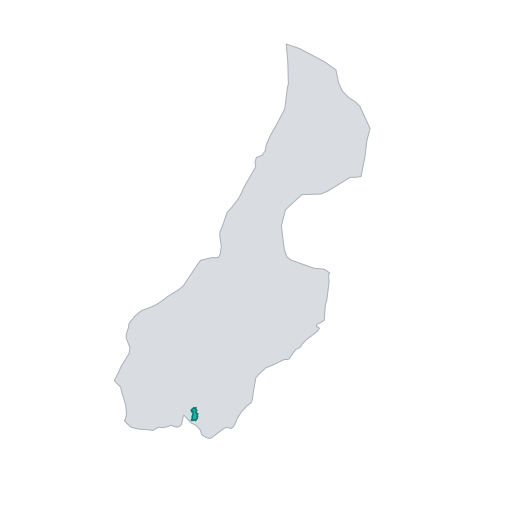 location of Briežuciema pag., Baltinavas, Latvia, rotated 114°
{"feature_id": "27541924B17753887700390", "entity_name": "Briežuciema pag.", "entity_type": "district", "adm_level": 2, "iso_a3": "LVA", "parent_name": "Latvia", "parent_adm1": "Baltinavas", "projection": "natural_earth1", "projection_center": [27.554, 56.968], "detail": "fine", "context": "in_parent", "style": "filled", "palette": "teal", "viewbox_px": 512, "rotation_deg": 114, "n_neighbors": 0, "source": "geoboundaries", "source_scale": "gbopen_adm2", "svg_char_len": 3988}
<svg xmlns="http://www.w3.org/2000/svg" viewBox="0 0 512 512"><g transform="rotate(114 256 256)"><path d="M370.2,344.5L367.3,344.1L359.1,341.8L352.2,338.3L348.1,333.7L341.0,327.4L336.3,324.2L328.9,320.2L316.7,312.0L312.2,310.1L290.4,306.5L282.5,304.9L275.4,295.6L273.1,290.2L269.6,289.3L265.7,290.4L261.4,291.5L251.5,297.8L248.3,298.7L242.2,298.8L227.9,300.2L221.4,297.9L210.2,295.3L204.1,294.9L198.7,295.0L174.7,292.5L170.3,295.2L165.8,295.7L161.6,291.5L156.3,290.4L150.4,291.8L139.7,291.9L127.0,290.6L110.8,289.6L108.4,290.0L90.2,295.6L85.7,296.4L65.9,305.8L50.1,314.6L48.8,300.5L50.7,272.6L53.5,258.7L64.5,250.7L70.1,244.4L73.5,236.1L74.7,228.3L77.0,222.0L93.1,203.7L105.3,201.7L122.0,196.6L140.6,192.4L144.0,197.8L145.7,201.9L167.5,216.8L173.0,221.9L181.3,239.1L201.7,247.9L218.0,245.1L225.2,240.9L238.3,233.0L244.3,227.3L245.5,221.8L243.6,198.2L240.3,188.0L241.6,181.7L243.9,182.0L249.5,178.9L267.6,173.3L271.2,173.0L275.3,171.8L286.8,167.5L290.4,169.8L293.4,172.4L295.1,172.5L295.9,171.5L295.7,169.8L296.5,168.6L299.8,169.3L312.9,176.4L317.9,178.0L321.4,178.5L325.5,181.8L336.7,184.0L338.1,185.8L338.9,187.9L349.4,196.9L354.1,201.5L363.5,205.6L367.5,206.6L383.9,202.4L388.5,200.9L392.3,200.9L396.1,203.1L404.9,206.1L412.8,207.0L414.3,206.8L421.0,207.1L423.4,208.3L425.0,214.1L432.6,218.6L439.7,222.4L441.6,224.1L442.1,227.5L441.7,231.4L440.8,233.4L437.8,235.8L435.2,241.7L434.9,247.3L430.7,257.1L431.7,257.3L440.3,255.5L442.8,256.6L444.7,258.7L445.3,264.9L448.1,267.6L451.0,271.9L451.9,275.3L457.4,279.3L457.9,281.9L461.3,291.1L462.6,296.3L463.2,300.4L461.6,305.6L460.1,309.2L458.4,308.9L453.4,309.9L445.6,314.1L433.9,324.1L430.9,326.3L427.9,333.9L427.2,334.7L420.4,334.4L418.5,334.2L411.7,334.3L396.8,332.3L391.1,333.7L383.5,341.4L380.6,342.5L371.8,343.6L370.2,344.5Z" fill="#d9dde1" stroke="#a8b0b8" stroke-width="1"/><path d="M430.7,245.5L430.7,245.4L430.8,245.1L430.9,244.9L430.9,244.7L430.9,244.4L430.8,244.1L430.7,244.1L430.4,244.2L430.2,244.2L429.9,244.1L429.7,244.0L429.4,244.1L429.2,244.0L428.9,244.0L428.6,243.8L428.3,243.7L428.2,243.6L427.9,243.7L427.7,243.7L427.5,243.9L427.4,243.9L427.2,244.0L426.9,244.3L426.7,244.3L426.4,244.2L426.4,244.3L426.4,244.5L426.2,244.7L425.8,244.6L425.7,244.6L425.5,244.8L425.3,244.9L425.1,244.9L424.9,244.9L424.8,245.0L424.7,245.0L424.4,245.1L424.1,245.1L423.9,245.2L423.7,245.2L423.7,245.4L423.8,245.4L423.9,245.5L424.1,245.5L424.1,245.8L424.1,246.1L424.1,246.3L424.1,246.5L423.9,246.6L423.7,246.7L423.6,246.8L423.4,246.8L423.3,247.0L423.2,247.1L423.0,247.3L422.9,247.5L422.7,247.7L422.7,247.8L422.7,248.0L422.8,248.1L422.6,248.0L422.4,247.9L422.1,247.8L421.9,247.7L421.7,247.5L421.5,247.4L421.3,247.3L421.2,247.5L421.0,247.8L420.8,247.9L420.7,248.1L420.5,248.3L420.4,248.5L420.2,248.6L420.1,248.8L419.9,249.0L419.7,249.1L419.4,249.2L419.5,249.3L419.4,249.3L419.5,249.4L419.5,249.5L419.7,249.8L419.6,250.0L419.8,250.2L420.0,250.1L420.2,250.3L420.3,250.4L420.3,250.5L420.2,250.7L420.0,250.9L419.9,251.0L420.2,251.2L420.5,251.4L420.8,251.5L421.0,251.6L421.3,251.8L421.5,251.9L421.7,252.0L421.9,252.1L422.1,252.1L422.3,252.2L422.5,252.3L422.9,252.5L423.0,252.4L423.3,252.3L423.4,252.2L423.6,252.2L423.8,252.0L424.0,251.8L424.1,251.7L424.3,251.4L424.5,251.2L424.4,251.0L424.3,250.9L424.2,250.9L424.1,251.0L423.9,251.0L423.7,250.9L423.6,250.7L423.5,250.4L423.8,250.2L424.2,250.0L424.3,249.9L424.6,249.8L424.8,249.7L425.0,249.6L425.3,249.6L425.5,249.5L425.8,249.4L426.0,249.4L426.3,249.3L426.5,249.2L426.4,249.2L426.5,249.1L426.9,249.1L427.0,249.1L427.3,249.2L427.5,249.2L427.9,249.1L428.0,249.1L428.3,249.1L428.5,249.0L428.8,249.0L428.8,248.9L429.2,248.6L429.3,248.5L429.5,248.4L430.0,248.2L430.3,248.2L430.8,248.2L431.0,248.2L431.2,248.3L431.3,248.3L431.5,248.3L431.8,248.3L432.1,248.2L432.3,248.2L432.3,247.9L432.3,247.7L432.2,247.6L432.2,247.4L432.0,247.2L431.9,247.2L431.7,247.0L431.7,246.9L431.7,246.7L431.3,246.4L431.2,246.4L431.2,246.2L430.9,245.9L430.7,245.7L430.7,245.5Z" fill="#14b8a6" stroke="#0f766e" stroke-width="1.5"/></g></svg>